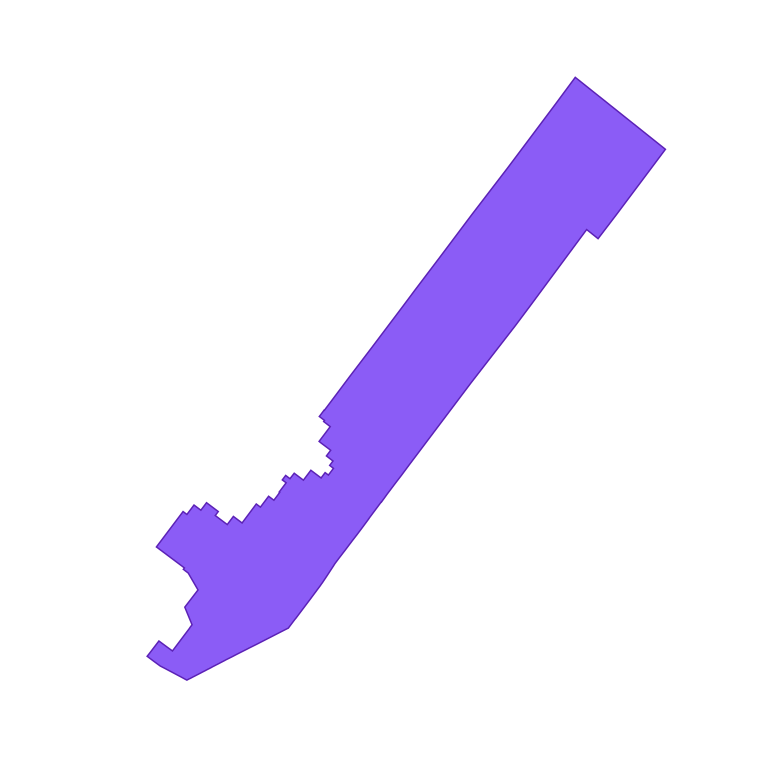 Menzies, Western Australia, Australia, rotated 307°
{"feature_id": "25037944B67042441314136", "entity_name": "Menzies", "entity_type": "district", "adm_level": 2, "iso_a3": "AUS", "parent_name": "Australia", "parent_adm1": "Western Australia", "projection": "equal_earth", "projection_center": [120.764, -29.386], "detail": "fine", "context": "isolated", "style": "filled", "palette": "violet", "viewbox_px": 768, "rotation_deg": 307, "n_neighbors": 0, "source": "geoboundaries", "source_scale": "gbopen_adm2", "svg_char_len": 3179}
<svg xmlns="http://www.w3.org/2000/svg" viewBox="0 0 768 768"><g transform="rotate(307 384 384)"><path d="M744.0,352.2L709.8,352.5L631.5,352.7L572.5,352.2L564.2,352.2L521.2,352.3L478.0,352.2L458.5,352.3L404.3,352.3L369.2,352.1L343.4,352.2L327.1,352.2L327.1,351.9L319.1,351.9L319.1,358.4L317.7,358.4L317.6,366.7L299.1,366.7L299.0,369.3L299.0,372.9L299.0,374.5L299.0,375.9L299.0,381.3L291.9,381.3L291.8,388.6L291.8,389.6L287.7,389.6L286.3,389.6L286.2,394.4L277.8,394.4L277.8,390.3L271.1,390.3L271.1,377.5L258.7,377.5L258.7,374.3L258.7,366.0L251.8,365.9L251.8,360.5L246.2,360.5L246.2,365.3L234.7,365.3L234.7,365.9L231.0,366.0L230.7,366.0L230.4,366.0L230.0,366.0L228.8,366.0L227.7,366.0L226.6,366.0L224.9,366.0L224.9,359.4L211.3,359.4L211.3,354.2L187.6,354.3L187.6,353.6L187.6,352.3L187.6,350.9L187.6,343.4L186.5,343.4L183.3,343.4L177.4,343.4L177.4,328.4L182.4,328.4L182.4,313.7L173.0,313.7L173.0,305.1L164.2,305.1L161.2,305.1L161.2,300.3L158.3,300.3L149.3,300.3L148.7,300.3L133.5,300.3L129.6,300.3L120.0,300.3L118.3,300.3L116.9,300.3L117.0,335.3L115.2,335.3L115.2,339.8L115.2,341.4L107.6,359.4L85.9,359.2L76.2,375.6L73.9,375.6L72.9,375.6L71.5,375.7L71.2,375.7L70.8,375.7L70.2,375.7L68.8,375.7L68.1,375.7L67.8,375.7L66.5,375.7L64.5,375.7L62.9,375.7L61.6,375.7L61.0,375.7L59.7,375.7L58.4,375.7L57.5,375.7L56.8,375.7L56.2,375.7L55.9,375.7L54.6,375.7L54.0,375.7L53.0,375.7L51.4,375.7L50.5,375.7L49.8,375.7L49.2,375.7L48.9,375.7L48.2,375.7L47.3,375.7L46.6,375.7L46.0,375.7L44.4,375.7L43.5,375.7L43.4,369.9L43.3,358.9L27.8,358.8L24.0,358.7L24.0,360.6L24.0,364.0L24.0,366.3L24.1,374.6L24.1,375.0L24.9,379.6L25.7,384.6L26.2,387.7L26.7,390.8L27.3,394.6L27.6,396.4L28.1,399.6L28.6,403.1L28.9,404.8L29.6,405.1L30.9,405.7L32.2,406.4L32.8,406.7L34.1,407.3L35.4,407.9L36.4,408.4L37.4,408.9L38.7,409.5L40.3,410.3L41.6,410.9L42.6,411.4L43.9,412.0L45.2,412.6L45.5,412.8L45.8,412.9L47.4,413.7L47.8,413.9L48.1,414.0L48.7,414.3L50.0,414.9L51.3,415.6L52.0,415.9L52.6,416.2L53.3,416.5L53.6,416.7L53.9,416.8L55.3,417.4L56.9,418.2L58.8,419.1L59.8,419.6L60.8,420.1L62.7,421.0L63.4,421.3L64.4,421.8L66.3,422.7L67.3,423.2L68.3,423.6L74.9,426.9L78.7,428.7L83.2,430.9L90.5,434.5L91.4,434.9L91.8,435.1L97.8,438.1L99.4,438.9L122.5,450.1L129.7,453.6L130.9,454.2L131.2,454.4L131.4,454.5L131.7,454.5L132.8,454.5L133.8,454.5L134.9,454.5L135.9,454.5L137.0,454.5L138.0,454.5L139.1,454.5L140.1,454.5L141.5,454.5L142.6,454.5L143.6,454.6L144.7,454.6L145.7,454.6L146.8,454.6L147.8,454.6L148.9,454.6L149.9,454.6L151.0,454.6L152.1,454.6L153.1,454.6L154.2,454.6L155.2,454.6L156.3,454.6L157.3,454.6L158.4,454.6L159.4,454.6L160.5,454.6L161.5,454.6L162.6,454.6L164.0,454.6L165.0,454.6L166.1,454.6L181.9,454.5L183.0,454.5L183.7,454.5L185.1,454.5L185.8,454.4L187.1,454.4L188.1,454.4L196.8,453.9L208.7,453.1L211.0,452.9L212.0,452.9L214.8,452.9L217.5,452.9L228.2,453.0L238.9,453.0L247.6,453.1L252.9,453.1L255.7,453.1L267.1,453.0L267.1,452.9L288.1,452.8L288.1,453.0L294.1,452.9L297.5,452.8L305.1,452.8L311.7,452.8L321.8,452.9L334.3,452.8L343.5,452.8L368.2,452.8L436.1,452.8L436.7,452.8L510.0,453.8L537.8,453.7L629.3,452.9L628.9,467.5L660.6,467.7L740.8,467.5L744.0,352.2Z" fill="#8b5cf6" stroke="#5b21b6" stroke-width="1.5"/></g></svg>